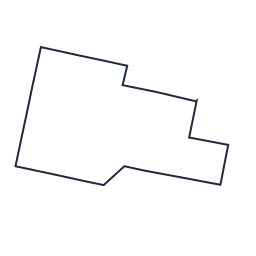 outline of Quitman, Mississippi, United States of America, rotated 102°
{"feature_id": "52423323B70800953145175", "entity_name": "Quitman", "entity_type": "district", "adm_level": 2, "iso_a3": "USA", "parent_name": "United States of America", "parent_adm1": "Mississippi", "projection": "albers", "projection_center": [-90.295, 34.292], "detail": "fine", "context": "isolated", "style": "outline", "palette": "slate", "viewbox_px": 256, "rotation_deg": 102, "n_neighbors": 0, "source": "geoboundaries", "source_scale": "gbopen_adm2", "svg_char_len": 393}
<svg xmlns="http://www.w3.org/2000/svg" viewBox="0 0 256 256"><g transform="rotate(102 128 128)"><path d="M188.8,189.4L189.0,158.7L188.9,139.9L166.1,123.6L166.3,105.4L164.3,25.8L123.7,26.5L124.6,66.2L87.0,66.5L87.8,67.1L86.9,108.0L87.2,142.2L67.3,141.7L67.2,159.9L67.2,192.4L67.0,230.0L109.0,230.2L129.4,230.1L188.8,230.1L188.8,189.4Z" fill="none" stroke="#1e293b" stroke-width="2"/></g></svg>